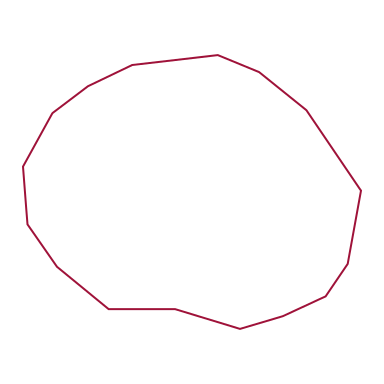 Yevlakh City, Yevlakh, Azerbaijan
{"feature_id": "54616110B78344971255813", "entity_name": "Yevlakh City", "entity_type": "district", "adm_level": 2, "iso_a3": "AZE", "parent_name": "Azerbaijan", "parent_adm1": "Yevlakh", "projection": "natural_earth1", "projection_center": [47.167, 40.614], "detail": "fine", "context": "isolated", "style": "outline", "palette": "rose", "viewbox_px": 384, "rotation_deg": 0, "n_neighbors": 0, "source": "geoboundaries", "source_scale": "gbopen_adm2", "svg_char_len": 380}
<svg xmlns="http://www.w3.org/2000/svg" viewBox="0 0 384 384"><path d="M318.6,299.6L325.6,296.4L347.7,263.9L361.0,190.6L359.5,188.5L306.4,110.2L259.1,72.1L217.8,55.1L132.2,65.0L88.0,86.2L52.6,113.0L52.0,113.9L23.0,166.6L26.3,209.5L27.5,224.4L57.0,266.8L108.6,309.1L136.3,309.1L175.0,309.1L240.0,328.9L282.8,316.2L318.6,299.6Z" fill="none" stroke="#9f1239" stroke-width="2"/></svg>